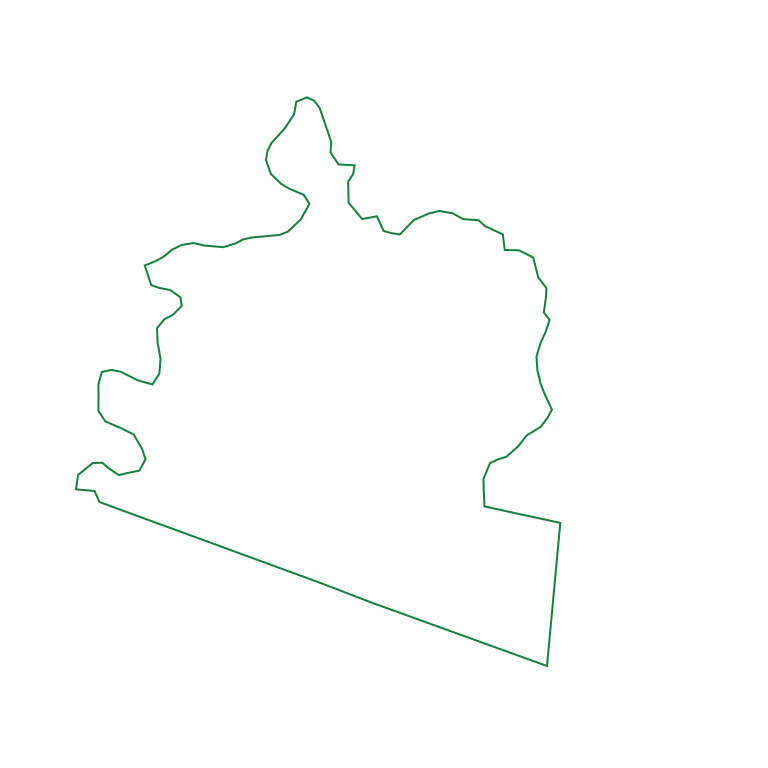 Santarém Novo, Pará, Brazil, rotated 25°
{"feature_id": "56859067B39326540925346", "entity_name": "Santarém Novo", "entity_type": "district", "adm_level": 2, "iso_a3": "BRA", "parent_name": "Brazil", "parent_adm1": "Pará", "projection": "robinson", "projection_center": [-47.361, -0.902], "detail": "fine", "context": "isolated", "style": "outline", "palette": "green", "viewbox_px": 768, "rotation_deg": 25, "n_neighbors": 0, "source": "geoboundaries", "source_scale": "gbopen_adm2", "svg_char_len": 1557}
<svg xmlns="http://www.w3.org/2000/svg" viewBox="0 0 768 768"><g transform="rotate(25 384 384)"><path d="M176.0,611.2L202.6,609.0L408.8,591.3L421.3,590.4L466.5,587.3L650.9,570.7L602.5,435.4L564.6,444.0L526.8,452.5L518.6,436.8L514.3,428.0L513.5,410.9L519.0,404.3L525.7,398.2L532.1,383.4L535.0,370.4L544.1,356.6L546.5,345.7L547.0,336.3L534.5,325.8L526.0,317.7L517.4,307.0L510.6,294.7L508.5,280.0L508.5,268.7L507.0,255.9L498.6,251.6L494.0,236.5L490.6,228.4L478.9,222.3L465.7,206.3L449.8,205.8L436.8,211.5L428.5,198.2L408.5,198.2L400.8,195.5L385.9,201.2L374.2,200.2L360.8,203.9L352.9,210.2L341.6,222.9L335.3,241.7L327.0,244.1L319.0,245.5L306.7,235.0L294.5,243.7L275.3,234.7L266.0,215.7L267.3,206.7L264.9,198.2L249.9,204.3L237.4,196.4L234.0,187.0L209.0,161.0L201.0,156.8L193.0,156.8L185.2,165.3L188.5,177.4L186.0,194.5L180.2,213.0L179.9,222.0L182.3,230.8L192.4,241.3L206.4,246.1L215.1,247.0L231.4,246.5L240.3,252.2L239.0,270.2L232.4,286.6L226.5,292.9L201.8,307.4L195.1,312.6L190.1,319.2L180.7,327.8L162.6,334.5L151.9,336.7L142.1,343.3L135.1,351.8L131.2,360.4L125.9,368.3L117.1,377.7L131.2,392.8L139.7,391.9L150.6,389.2L162.9,391.5L167.7,398.7L163.4,410.5L157.6,418.1L154.7,429.3L161.0,441.6L170.9,455.8L176.0,469.6L174.3,482.3L159.4,484.7L140.0,484.2L131.2,486.4L123.1,492.3L125.4,505.3L129.8,514.4L136.4,528.9L147.2,535.7L163.1,535.2L178.6,535.5L185.1,540.3L192.2,545.1L199.7,553.0L198.9,565.9L189.3,572.9L182.3,578.6L170.1,576.8L162.1,574.4L153.5,578.6L145.2,595.6L149.3,609.7L166.9,603.3L176.0,611.2Z" fill="none" stroke="#15803d" stroke-width="2"/></g></svg>